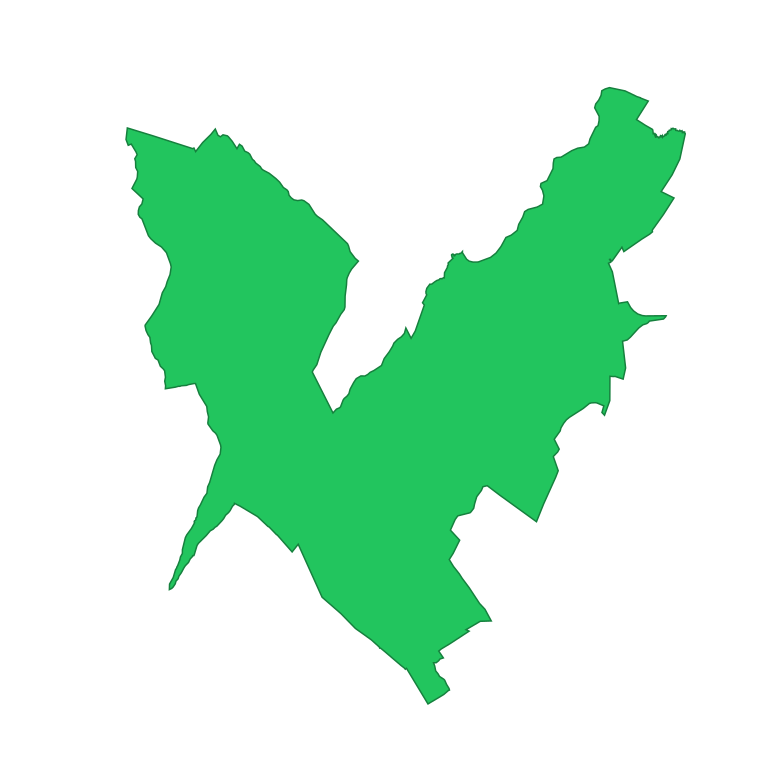 Cornu Luncii, Suceava, Romania (Natural Earth projection), rotated 95°
{"feature_id": "2599482B28823747254243", "entity_name": "Cornu Luncii", "entity_type": "district", "adm_level": 2, "iso_a3": "ROU", "parent_name": "Romania", "parent_adm1": "Suceava", "projection": "natural_earth1", "projection_center": [26.137, 47.454], "detail": "fine", "context": "isolated", "style": "filled", "palette": "green", "viewbox_px": 768, "rotation_deg": 95, "n_neighbors": 0, "source": "geoboundaries", "source_scale": "gbopen_adm2", "svg_char_len": 6156}
<svg xmlns="http://www.w3.org/2000/svg" viewBox="0 0 768 768"><g transform="rotate(95 384 384)"><path d="M407.8,601.4L405.3,591.5L404.2,588.6L404.1,587.2L403.4,585.6L402.6,580.7L401.6,578.6L400.1,573.3L400.0,571.8L410.3,567.1L421.8,558.6L426.9,557.6L432.0,555.9L438.1,556.1L439.3,555.8L445.5,550.5L447.7,547.5L449.8,545.8L459.0,541.5L461.4,540.9L468.2,541.1L474.0,543.8L479.8,545.6L497.3,549.1L501.8,550.7L508.3,550.9L512.4,553.4L520.5,556.4L523.5,557.9L526.3,558.6L532.1,558.7L533.2,559.0L533.9,559.7L535.7,559.6L537.0,560.9L538.0,561.1L538.7,560.6L544.6,563.2L551.6,567.4L554.4,568.5L566.6,570.4L570.4,570.1L574.0,571.7L577.3,572.1L582.9,573.7L584.4,574.4L586.0,574.7L586.8,575.4L595.1,577.1L602.0,580.2L607.5,579.9L606.2,577.7L604.7,576.4L601.2,574.5L598.6,574.1L596.1,572.2L593.2,571.5L589.8,569.5L584.4,567.2L582.4,566.1L578.8,563.2L575.1,561.8L572.6,559.8L571.8,559.7L571.5,559.2L571.6,558.6L570.9,558.2L561.2,556.2L558.9,555.0L550.5,547.9L545.4,544.3L543.5,541.5L541.3,539.7L540.3,538.2L534.6,533.7L532.1,532.0L528.6,530.4L525.6,527.6L523.4,526.2L519.0,524.3L517.1,522.7L515.9,522.6L518.3,516.6L527.1,498.4L536.0,487.2L536.5,485.9L543.5,477.9L543.5,477.4L559.3,460.9L551.1,455.5L601.8,427.1L616.5,406.9L630.0,391.2L640.0,374.3L646.4,365.8L647.5,365.3L647.4,364.4L650.3,360.2L663.0,342.4L665.1,339.1L666.3,337.9L665.3,336.8L698.9,312.3L688.1,297.4L683.8,293.2L683.2,292.1L681.6,292.7L677.8,295.5L673.8,297.7L672.9,298.7L670.5,303.2L668.0,304.9L665.3,307.5L660.5,308.9L657.4,310.4L657.1,307.7L654.9,305.4L653.1,304.3L651.7,301.0L645.3,306.2L642.9,303.8L636.7,295.3L622.8,277.7L621.6,280.9L612.0,267.4L610.7,256.5L599.6,263.8L594.3,269.7L579.5,281.4L570.9,289.1L566.6,292.4L559.7,298.9L553.2,303.7L546.8,300.4L533.0,295.0L523.8,305.1L512.8,301.3L509.1,299.1L508.7,298.4L504.8,287.1L503.7,286.1L500.0,283.8L495.5,283.3L488.2,281.8L481.6,277.7L477.7,276.5L476.3,272.3L484.9,258.6L507.9,220.1L489.5,214.5L461.8,204.8L455.2,202.9L441.8,208.9L441.3,208.9L436.6,205.1L433.6,203.8L424.2,209.6L415.4,204.4L412.3,203.9L407.5,201.6L403.8,199.2L401.1,196.5L391.0,183.4L385.4,177.6L384.7,175.6L384.2,171.8L384.3,170.3L386.6,163.1L393.4,164.4L395.9,161.6L380.9,157.6L356.6,159.6L356.6,156.3L356.3,154.4L358.3,146.2L347.0,144.7L320.6,150.1L318.9,145.5L315.7,142.5L306.0,135.1L302.5,131.3L300.9,127.5L299.6,126.0L298.2,125.1L294.9,111.2L292.5,109.3L291.4,108.9L293.4,129.4L293.3,132.7L292.1,137.4L289.4,141.8L286.3,145.0L280.9,148.6L282.8,156.1L283.5,157.2L252.3,166.3L244.1,170.9L242.9,168.7L242.4,168.5L240.2,170.1L240.0,169.6L241.5,168.2L241.5,167.4L227.0,158.9L231.2,156.6L217.2,139.8L211.5,132.3L209.0,129.8L207.4,130.2L190.8,120.4L173.4,111.3L168.2,124.7L150.5,115.2L134.1,108.9L108.6,105.7L107.9,105.9L107.8,106.5L106.8,106.6L107.2,107.4L106.8,107.5L106.8,108.0L107.5,108.7L105.7,109.2L106.4,110.4L105.5,111.4L106.3,111.8L106.4,112.8L105.7,114.2L106.0,114.7L105.9,115.5L104.4,115.7L104.6,117.5L104.0,118.4L104.6,119.0L104.5,120.1L105.6,120.0L106.4,121.4L106.3,121.9L107.5,122.4L107.8,123.3L109.0,123.6L109.5,123.0L110.0,123.1L110.0,124.1L111.5,124.6L111.5,125.2L110.8,125.4L111.0,125.8L112.3,126.0L112.6,126.8L113.0,126.9L113.2,127.6L113.8,127.9L112.3,128.4L113.6,129.0L113.4,129.5L112.6,129.5L112.4,130.2L113.8,130.4L114.0,131.5L114.8,131.7L113.4,133.7L114.2,134.3L114.4,135.0L113.4,135.4L112.9,134.6L112.0,134.5L111.7,134.9L112.0,135.3L111.4,135.6L112.1,136.1L110.8,136.8L111.2,137.6L107.5,138.4L106.8,139.0L103.6,146.0L98.6,155.5L79.1,145.4L76.8,153.2L76.5,153.4L75.7,157.0L71.0,169.4L69.1,185.2L70.8,189.4L72.9,192.6L77.5,192.9L82.4,194.8L86.6,197.5L90.5,198.2L98.6,193.0L102.9,192.7L108.0,193.3L109.8,195.5L121.8,200.1L126.9,201.0L130.5,205.0L132.2,211.6L135.2,217.3L142.6,227.4L143.3,231.6L145.0,234.2L149.1,234.6L154.7,234.4L167.2,239.3L170.5,245.1L173.7,245.4L177.2,243.0L182.7,241.1L191.0,241.7L194.4,246.9L197.5,255.6L200.0,258.9L205.6,260.3L213.2,263.7L219.4,264.7L224.6,270.2L227.4,275.3L236.8,279.4L243.8,283.8L248.6,288.9L254.3,300.9L254.8,305.9L254.2,309.8L252.6,312.5L246.4,317.3L245.2,317.4L247.3,319.0L247.3,319.9L248.0,320.6L248.1,322.8L248.9,324.4L249.9,324.5L250.3,325.3L248.7,326.1L248.6,327.1L249.2,327.8L249.6,328.0L252.1,327.1L252.7,326.2L257.9,330.7L259.3,330.3L261.1,331.1L262.0,330.9L267.8,333.4L273.0,333.2L273.0,334.1L274.2,335.5L273.9,336.3L274.4,337.6L275.4,338.3L276.2,340.3L277.5,342.0L280.2,345.0L280.6,346.0L280.5,347.0L284.9,349.7L288.3,350.3L290.2,350.0L291.5,349.2L299.7,352.7L301.8,350.7L328.6,357.5L336.1,361.0L326.3,367.1L331.8,368.1L335.5,370.8L338.3,374.3L342.4,377.7L345.4,378.6L351.5,381.6L358.6,386.0L365.8,388.1L371.5,395.3L373.5,398.7L375.9,401.0L377.7,403.7L378.0,407.8L381.1,412.1L385.1,414.3L392.1,417.3L396.7,418.1L399.3,419.8L401.9,422.4L403.5,423.3L410.5,425.3L411.5,426.1L413.2,429.2L417.3,432.3L378.3,456.5L376.3,455.8L370.6,452.6L357.9,449.7L339.7,443.2L330.8,439.6L327.3,437.2L318.4,433.2L313.4,430.1L310.7,429.6L299.7,430.4L288.5,430.0L283.3,430.2L281.3,429.9L276.5,428.3L272.2,426.2L263.8,420.2L261.3,423.7L255.1,429.3L249.5,431.4L247.4,432.6L225.8,459.6L222.8,464.9L220.8,467.4L211.6,474.4L208.4,479.7L207.9,482.0L208.8,486.0L208.4,489.8L206.6,492.7L204.3,495.0L200.6,496.2L199.1,497.6L197.0,501.4L192.0,505.6L188.7,509.7L184.1,516.7L181.5,522.9L180.3,524.7L178.2,526.2L175.0,531.1L173.0,532.7L171.6,534.7L166.8,537.7L165.4,539.6L164.2,543.0L159.4,546.1L157.8,548.9L162.4,551.0L155.4,556.4L151.2,560.6L150.4,561.8L149.8,566.1L152.0,568.5L150.7,571.1L144.7,574.3L150.6,578.3L159.3,585.7L168.9,591.9L165.5,593.9L166.2,595.1L156.9,635.8L151.3,662.0L162.9,662.3L168.5,659.6L167.0,656.7L174.4,651.3L177.1,649.9L181.3,651.9L183.9,650.9L190.0,650.2L193.7,647.9L199.3,647.8L201.4,648.1L211.2,652.1L220.6,640.1L225.8,640.9L228.8,643.1L232.6,643.8L236.4,643.6L239.2,641.7L240.6,639.5L256.8,631.6L259.6,629.0L263.6,623.9L266.9,617.6L272.1,612.2L282.8,607.2L286.0,606.2L293.6,606.7L300.9,608.9L306.0,609.9L312.5,612.8L324.3,615.0L336.4,621.3L346.0,627.0L347.0,627.1L351.5,625.7L355.5,623.4L357.9,621.3L363.4,620.1L365.9,619.0L371.9,618.1L378.4,614.0L379.8,611.2L385.7,608.4L388.5,604.9L390.0,603.7L396.3,602.3L400.3,602.7L404.8,601.4L407.8,601.4Z" fill="#22c55e" stroke="#15803d" stroke-width="1.5"/></g></svg>